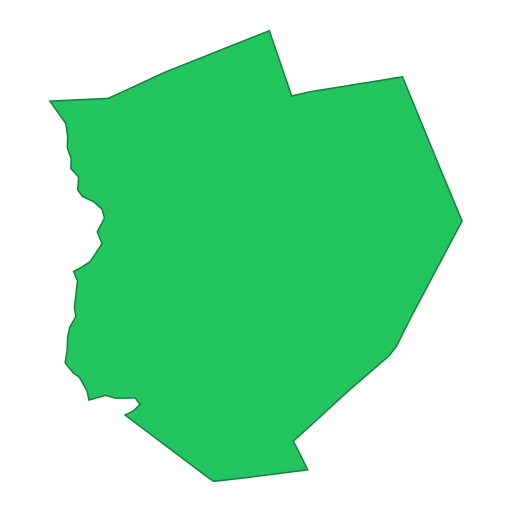 Curral Velho, Paraíba, Brazil
{"feature_id": "56859067B57325198781008", "entity_name": "Curral Velho", "entity_type": "district", "adm_level": 2, "iso_a3": "BRA", "parent_name": "Brazil", "parent_adm1": "Paraíba", "projection": "equal_earth", "projection_center": [-38.205, -7.54], "detail": "fine", "context": "isolated", "style": "filled", "palette": "green", "viewbox_px": 512, "rotation_deg": 0, "n_neighbors": 0, "source": "geoboundaries", "source_scale": "gbopen_adm2", "svg_char_len": 817}
<svg xmlns="http://www.w3.org/2000/svg" viewBox="0 0 512 512"><path d="M49.9,101.1L65.8,123.6L67.6,135.5L67.3,147.8L71.2,158.9L70.8,168.4L78.6,177.0L77.8,190.0L82.4,196.5L93.8,201.8L102.2,209.5L104.4,218.0L97.3,231.9L102.0,243.7L90.2,261.5L81.7,267.1L73.5,271.5L77.5,280.8L74.4,307.2L75.8,316.7L69.7,327.3L67.6,337.7L67.2,349.6L65.1,362.9L73.5,373.3L79.3,377.2L87.1,391.0L88.9,400.1L96.3,397.9L105.8,395.4L115.5,398.2L124.6,398.2L135.2,397.9L139.9,404.6L133.0,411.2L125.0,415.0L197.2,469.4L206.1,476.1L213.4,481.3L222.7,480.4L251.4,477.0L307.7,469.8L298.8,451.7L293.2,441.2L312.2,424.1L347.7,391.5L388.6,356.2L396.2,346.8L410.7,317.8L462.1,221.0L437.6,162.3L402.5,76.8L310.2,91.7L291.7,95.9L269.3,30.7L234.4,44.5L164.9,72.2L120.0,93.0L108.0,98.4L49.9,101.1Z" fill="#22c55e" stroke="#15803d" stroke-width="1.5"/></svg>